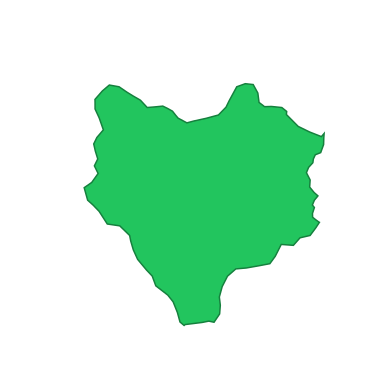 Koilani, Limassol, Cyprus, rotated 116°
{"feature_id": "46923920B88504120231715", "entity_name": "Koilani", "entity_type": "district", "adm_level": 2, "iso_a3": "CYP", "parent_name": "Cyprus", "parent_adm1": "Limassol", "projection": "orthographic", "projection_center": [32.853, 34.839], "detail": "fine", "context": "isolated", "style": "filled", "palette": "green", "viewbox_px": 384, "rotation_deg": 116, "n_neighbors": 0, "source": "geoboundaries", "source_scale": "gbopen_adm2", "svg_char_len": 1396}
<svg xmlns="http://www.w3.org/2000/svg" viewBox="0 0 384 384"><g transform="rotate(116 192 192)"><path d="M78.1,142.2L76.7,148.3L80.3,158.1L83.5,164.2L82.1,171.0L74.2,176.2L68.6,184.1L71.3,191.6L77.8,197.9L93.8,198.6L100.8,198.6L111.2,202.0L115.9,207.4L119.5,211.5L127.4,221.5L132.1,226.9L131.7,236.9L130.1,240.5L127.9,245.0L127.6,250.7L127.6,255.9L132.1,263.2L135.7,269.3L132.1,278.6L131.5,287.2L130.8,294.2L129.4,303.7L132.1,313.2L140.3,316.8L151.3,319.8L154.2,318.3L159.9,315.5L166.0,308.0L175.0,298.9L184.7,301.4L191.9,301.4L197.5,296.9L203.6,291.2L211.3,291.2L216.5,284.5L227.3,286.3L235.4,290.8L245.1,282.2L247.1,275.2L250.1,267.0L257.9,254.1L254.1,242.1L258.4,229.0L260.5,227.4L262.9,225.6L269.7,219.4L276.4,211.3L282.1,198.6L285.0,190.9L292.2,183.4L295.3,168.5L299.0,160.8L306.6,152.4L314.1,145.8L315.4,140.6L314.1,140.0L310.4,134.3L304.8,125.7L300.7,120.3L299.4,115.1L289.5,113.7L281.4,116.9L274.4,121.4L263.8,123.4L252.1,123.2L241.9,118.9L236.5,109.9L229.1,99.7L222.3,90.6L213.3,89.0L200.0,88.8L195.5,77.5L185.8,74.8L179.3,66.8L169.8,65.0L163.4,64.2L163.4,64.8L162.6,69.1L161.8,72.5L158.5,74.3L152.3,75.2L150.9,78.1L145.7,78.4L140.3,77.1L138.9,82.1L136.0,88.4L129.4,91.1L124.5,97.6L118.8,98.0L112.7,96.2L109.1,97.4L104.5,97.5L100.2,93.6L91.7,94.5L85.5,97.3L81.5,98.9L85.5,100.0L86.5,112.6L86.5,125.3L81.0,141.1L78.1,142.2Z" fill="#22c55e" stroke="#15803d" stroke-width="1.5"/></g></svg>